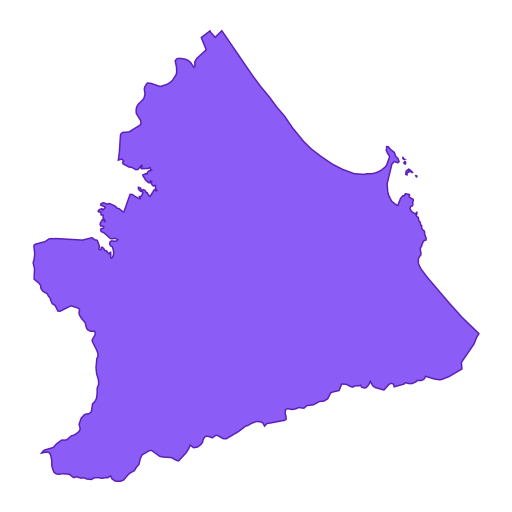 outline of Nui Thanh, Quàng Nam, Vietnam
{"feature_id": "81297802B34920687321908", "entity_name": "Nui Thanh", "entity_type": "district", "adm_level": 2, "iso_a3": "VNM", "parent_name": "Vietnam", "parent_adm1": "Quàng Nam", "projection": "robinson", "projection_center": [108.549, 15.447], "detail": "fine", "context": "isolated", "style": "filled", "palette": "violet", "viewbox_px": 512, "rotation_deg": 0, "n_neighbors": 0, "source": "geoboundaries", "source_scale": "gbopen_adm2", "svg_char_len": 5993}
<svg xmlns="http://www.w3.org/2000/svg" viewBox="0 0 512 512"><path d="M41.6,453.1L45.0,452.3L47.7,452.2L49.3,452.8L49.9,453.5L50.8,455.6L51.8,460.8L51.8,465.6L52.7,469.1L54.1,472.4L56.1,473.8L58.4,474.3L62.3,473.7L69.2,474.2L73.6,477.6L76.5,476.8L80.9,478.1L84.3,477.8L86.3,478.9L91.5,479.5L94.2,477.8L97.9,477.6L102.0,478.3L105.8,477.6L107.5,477.8L110.5,475.9L112.0,478.8L114.6,480.8L116.6,481.3L120.7,481.2L123.7,480.0L127.8,475.0L129.9,473.1L134.3,470.7L136.8,466.7L138.9,464.5L140.3,458.5L142.1,454.9L148.7,451.0L150.7,450.3L152.0,450.7L159.8,456.4L162.9,457.0L171.5,457.6L176.3,460.3L178.6,460.9L186.1,452.8L188.7,448.7L190.1,445.1L193.6,447.7L197.4,447.1L200.6,444.8L202.6,442.2L202.9,440.1L204.7,436.9L206.3,436.2L208.2,436.3L212.3,437.8L215.5,435.5L217.2,435.3L223.0,438.6L226.2,438.8L238.7,431.4L245.7,426.0L247.6,425.6L251.4,423.4L256.4,421.5L260.7,421.8L262.8,422.9L264.6,426.1L266.6,423.7L284.7,420.3L286.2,419.1L285.9,415.8L285.2,413.7L285.2,411.6L285.5,410.1L286.4,409.1L288.0,408.7L292.1,409.5L296.0,408.8L298.6,407.5L303.9,408.2L306.9,405.6L313.4,404.8L319.6,401.4L322.9,401.3L324.7,400.7L327.7,398.8L330.6,393.0L332.3,392.1L339.1,390.5L341.7,384.0L346.3,384.3L350.9,386.7L352.9,387.1L354.8,385.9L359.0,385.8L360.7,385.2L361.6,387.2L364.1,387.9L365.9,387.8L367.8,386.0L369.5,383.4L370.2,381.3L373.0,386.0L375.4,387.6L383.9,390.0L389.1,384.3L391.2,383.3L393.5,384.1L394.2,386.8L403.9,384.1L405.6,382.7L409.0,383.6L412.0,383.6L416.1,381.8L417.0,380.5L421.2,380.5L423.2,379.6L424.5,378.6L425.6,376.3L434.0,378.9L439.7,379.8L441.8,379.4L449.0,376.6L461.9,369.0L461.4,362.4L474.0,344.0L476.6,337.5L478.9,333.6L462.1,317.4L449.0,302.8L427.5,277.6L421.1,269.2L419.4,265.9L418.4,263.3L418.3,259.2L419.3,256.9L420.7,255.2L421.0,254.0L420.3,248.9L420.5,247.6L421.4,246.5L423.1,241.8L424.3,240.4L425.7,240.3L426.3,238.7L424.8,234.8L424.4,231.2L422.2,229.3L421.5,226.6L421.7,225.6L420.8,225.0L419.9,221.7L418.9,220.9L418.2,217.3L416.8,216.7L416.1,215.5L416.1,214.7L416.7,214.6L417.0,211.8L415.7,213.7L414.4,213.5L411.3,211.3L410.0,208.7L410.4,206.7L412.1,206.0L412.8,205.1L412.7,202.6L413.3,200.6L413.2,199.4L409.3,197.1L409.0,196.1L409.6,195.2L409.4,194.5L405.3,193.7L404.5,195.6L402.8,195.8L400.6,198.3L397.8,205.5L394.9,204.0L391.5,201.0L388.7,195.4L387.7,191.6L387.1,183.8L391.9,164.1L394.3,161.5L397.8,162.8L399.1,161.6L397.8,158.2L395.8,156.7L394.3,152.4L390.6,149.5L388.2,146.7L386.6,146.6L386.6,148.9L386.2,150.1L387.4,153.0L389.4,156.0L389.5,157.0L386.7,164.9L385.5,166.7L381.3,170.3L375.8,172.9L371.9,173.7L366.4,173.8L364.1,174.4L354.2,173.7L342.4,169.3L332.5,164.2L321.2,156.6L311.4,149.1L303.8,141.7L292.5,127.8L284.3,115.8L276.9,107.3L269.5,97.2L260.8,86.7L252.8,76.0L221.8,30.7L215.2,37.3L210.7,32.4L210.0,30.9L201.3,37.5L206.2,49.8L196.8,58.4L194.8,61.8L194.8,64.8L195.2,65.8L193.8,67.2L190.6,62.5L188.2,60.4L185.3,59.2L181.2,58.5L178.4,58.4L176.6,59.0L175.2,60.8L176.5,67.1L176.7,72.0L176.2,74.5L172.4,80.5L169.6,82.8L166.7,84.5L160.2,86.5L150.6,83.3L147.5,83.0L146.6,83.8L144.7,87.1L144.3,89.3L145.0,93.7L144.2,97.6L142.8,99.9L138.2,104.2L136.7,107.0L136.1,109.9L136.3,113.5L140.7,120.6L141.0,122.9L140.6,124.3L139.5,125.5L128.8,132.0L122.8,132.4L121.2,133.5L120.5,135.0L119.4,151.8L118.3,160.1L121.8,159.1L123.7,161.0L122.6,162.2L123.1,163.9L129.4,167.2L131.5,167.2L135.7,169.6L138.0,169.5L141.4,165.2L141.9,165.4L142.2,166.5L140.9,167.9L141.4,168.7L147.7,168.5L150.1,167.5L150.2,168.8L151.5,170.3L149.1,170.8L147.4,172.3L147.3,173.9L145.3,173.7L144.9,174.3L142.9,174.8L143.0,175.8L145.6,180.1L148.6,182.7L150.0,182.7L150.4,181.0L151.7,181.5L151.2,183.1L152.0,184.7L153.3,186.0L155.3,185.4L155.7,189.1L156.9,190.3L156.6,190.8L155.8,190.8L154.3,189.7L150.0,196.5L147.9,194.3L147.2,192.6L146.0,192.1L145.0,190.5L143.5,189.6L141.7,190.4L140.5,188.0L138.4,187.3L138.3,188.4L139.5,190.5L140.9,191.5L142.5,191.8L143.0,192.5L141.4,196.3L139.4,196.5L140.3,198.6L139.4,198.7L135.1,196.5L132.4,194.5L130.1,194.3L123.9,211.9L122.7,211.7L119.3,208.8L116.9,208.0L115.3,206.2L109.5,203.5L107.2,204.1L103.8,202.8L102.6,202.9L100.8,204.0L100.7,205.1L104.8,206.8L105.3,207.3L103.0,210.1L101.9,208.6L99.2,209.7L98.1,211.2L98.7,212.0L100.7,211.9L101.1,214.9L103.2,215.2L103.0,217.7L105.2,221.1L104.9,221.6L103.2,219.7L102.4,219.6L100.4,222.9L100.1,224.4L100.7,226.0L102.9,226.2L103.9,227.3L103.3,228.2L100.8,228.9L100.8,230.9L101.6,231.8L104.0,232.8L110.5,238.6L112.1,238.8L115.2,238.3L117.8,239.6L116.3,241.2L111.3,240.9L109.9,242.0L109.8,244.4L110.7,246.0L112.5,246.9L113.6,251.5L113.6,254.2L112.6,257.3L111.5,258.0L110.8,257.9L110.7,252.3L110.1,252.3L109.6,253.6L108.8,253.9L106.4,250.6L104.8,250.7L103.9,248.8L102.3,247.2L101.4,247.4L100.9,249.8L99.1,249.4L98.8,248.8L99.4,247.0L99.3,245.9L97.4,240.7L96.8,240.1L95.2,240.0L92.0,237.7L82.4,240.1L57.6,238.6L50.3,238.7L48.9,239.0L45.1,241.6L35.3,244.2L34.4,244.8L33.9,245.9L34.7,253.7L34.2,258.9L33.1,262.9L34.5,268.4L34.1,279.2L39.1,283.3L40.6,285.5L41.0,288.6L42.9,291.3L47.5,294.0L48.3,296.0L50.4,298.4L50.5,299.8L52.2,303.7L55.1,305.4L57.9,311.1L60.2,311.2L70.9,305.8L77.7,307.9L79.5,309.2L79.0,313.1L79.4,314.9L81.5,318.4L85.1,322.6L86.6,328.3L87.7,329.8L90.4,331.2L92.5,331.4L94.3,331.0L94.9,331.7L95.2,334.5L92.1,340.0L92.5,341.7L96.8,350.4L97.9,353.3L98.0,355.1L97.8,356.9L96.9,358.3L96.0,367.5L96.6,373.7L98.4,379.6L98.7,384.1L97.2,388.1L97.1,393.9L96.4,398.6L95.0,401.3L92.6,403.8L91.3,411.8L89.3,413.6L85.8,414.1L84.3,414.8L81.2,418.1L79.1,424.2L80.2,428.9L79.3,431.1L77.9,432.4L74.4,435.0L71.3,435.9L67.0,439.6L65.5,440.1L61.6,440.1L56.6,443.8L53.3,447.5L44.6,450.0L43.0,451.2L41.6,453.1ZM408.9,170.5L408.5,169.3L406.1,171.2L405.8,174.5L407.1,174.8L407.0,172.9L410.0,171.5L410.6,171.5L412.0,172.6L412.5,172.3L409.8,169.7L409.3,170.6L408.9,170.5ZM405.4,164.0L405.7,162.3L404.9,161.4L403.8,162.9L404.7,163.9L405.4,164.0ZM416.7,176.9L416.9,176.1L415.4,175.2L416.4,176.9L416.7,176.9ZM403.7,158.8L403.0,157.4L402.8,157.4L402.9,158.5L403.7,159.3L404.5,159.2L403.7,158.8Z" fill="#8b5cf6" stroke="#5b21b6" stroke-width="1.5"/></svg>